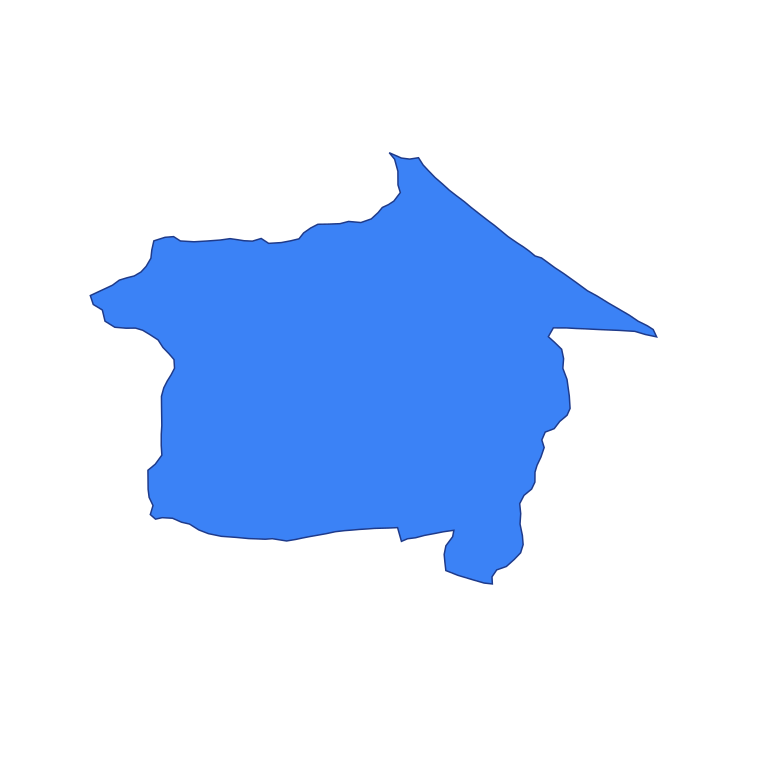 Fortaleza, Ceará, Brazil, rotated 335°
{"feature_id": "56859067B83599165614359", "entity_name": "Fortaleza", "entity_type": "district", "adm_level": 2, "iso_a3": "BRA", "parent_name": "Brazil", "parent_adm1": "Ceará", "projection": "orthographic", "projection_center": [-38.524, -3.793], "detail": "fine", "context": "isolated", "style": "filled", "palette": "blue", "viewbox_px": 768, "rotation_deg": 335, "n_neighbors": 0, "source": "geoboundaries", "source_scale": "gbopen_adm2", "svg_char_len": 2403}
<svg xmlns="http://www.w3.org/2000/svg" viewBox="0 0 768 768"><g transform="rotate(335 384 384)"><path d="M651.0,456.5L651.0,448.4L647.4,442.7L640.8,434.4L635.4,425.3L621.3,405.0L614.3,394.3L607.8,385.5L600.8,372.7L593.4,359.6L588.1,351.0L580.0,336.3L575.0,331.8L571.7,324.8L568.3,318.7L564.4,312.5L558.7,302.8L555.9,296.9L550.9,286.5L547.7,280.6L542.5,270.5L537.5,260.6L533.9,252.8L529.0,243.6L525.1,236.0L521.9,228.3L517.5,218.4L514.1,208.5L512.0,202.0L510.9,193.5L502.3,191.0L495.3,186.6L486.5,176.6L488.6,184.8L486.5,197.1L480.8,209.5L479.7,217.4L470.2,222.4L463.7,223.3L457.1,223.3L451.0,226.2L442.2,229.0L431.3,227.9L420.6,221.7L411.9,220.1L401.2,215.6L391.6,211.3L383.5,211.6L375.0,213.1L368.3,216.5L360.0,214.8L350.6,212.4L338.9,207.8L334.2,200.2L325.1,198.9L317.7,195.0L311.9,191.1L305.9,187.2L296.4,184.3L284.0,179.6L271.9,174.8L259.9,168.3L255.6,161.5L247.5,158.5L235.9,157.0L230.2,164.4L225.9,171.5L218.1,176.9L211.0,179.8L203.2,180.5L195.9,179.1L188.0,178.0L179.6,179.7L168.1,179.7L155.2,179.7L154.1,189.1L160.0,197.9L157.7,209.2L164.0,218.8L173.8,224.4L182.4,228.3L188.0,233.3L192.6,240.1L197.9,248.6L199.1,257.5L201.9,265.6L204.0,273.1L200.8,281.2L194.8,285.8L188.8,289.7L182.8,294.4L177.1,301.1L172.6,311.0L168.6,319.9L165.1,327.7L160.9,335.4L156.2,345.4L152.6,354.6L142.8,360.0L133.6,362.4L125.7,379.8L123.2,387.5L123.3,396.5L117.0,403.6L119.8,409.9L126.5,411.4L135.6,416.3L142.1,423.7L148.5,428.7L154.5,438.0L161.6,445.4L172.2,453.3L185.3,460.6L196.2,467.0L202.7,470.3L210.8,474.5L217.4,477.0L229.4,485.1L238.4,487.6L245.0,489.1L252.2,490.9L260.0,493.0L268.7,495.3L277.5,497.3L286.5,500.3L293.1,502.8L300.0,505.3L308.4,508.6L314.5,510.9L327.6,516.6L335.6,519.9L333.3,534.0L339.9,534.2L347.7,536.7L356.6,538.3L367.9,541.2L375.3,543.0L385.5,546.1L381.7,551.4L371.7,556.8L366.5,563.9L364.0,570.9L361.2,579.2L370.1,588.6L382.1,599.3L390.6,606.7L397.7,611.0L400.4,604.4L407.6,600.1L417.8,601.1L428.0,598.0L436.5,594.7L442.2,588.4L445.4,579.8L448.1,568.4L453.1,559.3L456.4,549.8L463.8,544.1L473.4,541.6L479.3,536.7L483.6,527.7L488.3,522.4L495.3,516.6L502.3,509.3L503.4,501.4L509.8,495.7L519.4,496.4L527.4,492.2L536.7,489.7L542.3,484.8L546.9,473.1L551.8,457.2L552.7,445.4L557.5,436.9L559.7,427.6L556.1,418.1L552.9,410.6L561.2,404.7L573.1,410.3L581.6,414.9L589.4,418.9L601.1,425.1L619.8,434.8L633.6,442.3L641.8,449.6L651.0,456.5Z" fill="#3b82f6" stroke="#1e3a8a" stroke-width="1.5"/></g></svg>